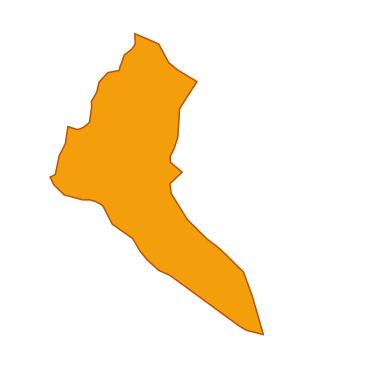 the Municipality of Kamnik, rotated 42°
{"feature_id": "SVN-206", "entity_name": "Kamnik", "entity_type": "Municipality", "adm_level": 1, "iso_a3": "SVN", "parent_name": "Slovenia", "parent_adm1": "", "projection": "equal_earth", "projection_center": [14.65, 46.279], "detail": "fine", "context": "isolated", "style": "filled", "palette": "amber", "viewbox_px": 384, "rotation_deg": 42, "n_neighbors": 0, "source": "natural_earth", "source_scale": "10m", "svg_char_len": 814}
<svg xmlns="http://www.w3.org/2000/svg" viewBox="0 0 384 384"><g transform="rotate(42 192 192)"><path d="M49.6,159.5L56.5,150.5L54.5,146.8L53.1,142.6L50.0,135.7L51.7,126.2L50.8,120.0L43.6,112.6L68.2,104.3L88.5,111.5L99.2,111.0L121.8,106.7L127.0,138.3L144.9,160.9L149.6,171.5L152.1,180.3L156.2,184.4L171.4,183.9L170.1,200.6L177.7,207.1L207.0,215.6L233.9,216.9L250.8,215.6L283.7,217.0L306.4,229.0L340.4,250.2L325.4,258.2L317.0,260.0L231.7,268.7L219.7,272.5L203.8,272.4L193.5,270.8L179.1,266.3L154.3,269.3L135.3,262.0L130.8,262.5L125.9,264.0L121.2,266.3L115.9,271.1L98.9,279.7L84.3,279.1L76.6,275.9L78.7,270.4L69.1,254.0L65.7,241.1L56.0,226.4L64.7,222.5L66.7,219.8L68.1,216.4L68.8,212.5L69.1,208.7L60.6,196.0L56.6,192.0L54.4,181.5L49.4,172.4L49.6,159.5Z" fill="#f59e0b" stroke="#b45309" stroke-width="1.5"/></g></svg>